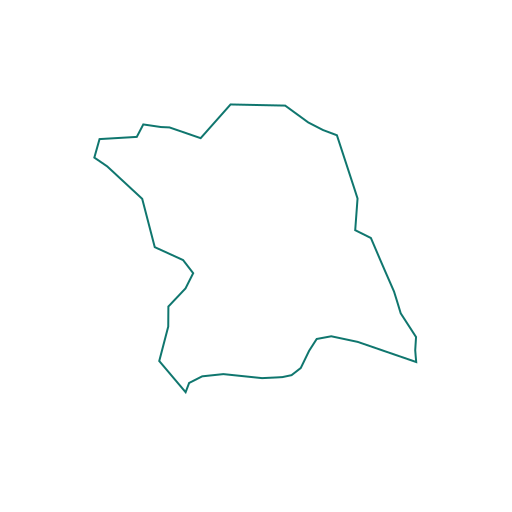 Haut-Nkam, Ouest, Cameroon (Robinson projection), rotated 109°
{"feature_id": "32672807B36469761565883", "entity_name": "Haut-Nkam", "entity_type": "district", "adm_level": 2, "iso_a3": "CMR", "parent_name": "Cameroon", "parent_adm1": "Ouest", "projection": "robinson", "projection_center": [10.205, 5.159], "detail": "fine", "context": "isolated", "style": "outline", "palette": "teal", "viewbox_px": 512, "rotation_deg": 109, "n_neighbors": 0, "source": "geoboundaries", "source_scale": "gbopen_adm2", "svg_char_len": 738}
<svg xmlns="http://www.w3.org/2000/svg" viewBox="0 0 512 512"><g transform="rotate(109 256 256)"><path d="M168.3,405.4L182.2,407.5L196.4,442.0L215.6,440.9L219.7,425.9L239.0,382.2L280.6,354.6L283.6,323.6L292.7,309.8L309.6,312.1L332.3,322.4L351.3,316.0L386.8,313.3L407.7,278.2L397.8,277.9L387.3,267.7L378.3,248.4L369.5,210.5L364.2,197.2L361.9,191.6L357.1,183.6L347.3,177.2L328.2,174.9L314.7,171.6L307.4,158.7L304.1,131.9L304.1,70.0L298.3,72.6L293.2,74.8L280.5,78.3L263.1,100.5L253.0,107.8L244.7,113.9L228.5,128.8L219.3,137.2L201.6,153.2L199.3,170.6L168.6,178.7L160.7,184.6L115.5,218.8L115.1,233.5L112.7,250.1L104.3,277.4L121.0,329.4L162.6,346.7L162.6,379.7L165.0,387.8L168.3,405.4Z" fill="none" stroke="#0f766e" stroke-width="2"/></g></svg>